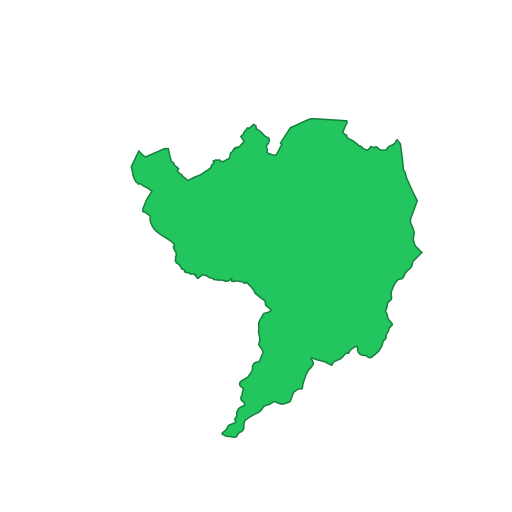 Phra Phutthabat, Saraburi, Thailand, rotated 120°
{"feature_id": "78962969B27342930325122", "entity_name": "Phra Phutthabat", "entity_type": "district", "adm_level": 2, "iso_a3": "THA", "parent_name": "Thailand", "parent_adm1": "Saraburi", "projection": "orthographic", "projection_center": [100.827, 14.702], "detail": "fine", "context": "isolated", "style": "filled", "palette": "green", "viewbox_px": 512, "rotation_deg": 120, "n_neighbors": 0, "source": "geoboundaries", "source_scale": "gbopen_adm2", "svg_char_len": 6157}
<svg xmlns="http://www.w3.org/2000/svg" viewBox="0 0 512 512"><g transform="rotate(120 256 256)"><path d="M223.7,410.0L241.3,408.6L241.8,407.7L247.0,403.4L249.5,400.8L251.8,397.1L252.1,394.7L252.5,393.8L251.4,392.4L251.2,391.2L251.6,389.1L251.3,382.3L251.7,380.6L251.7,379.2L252.1,378.5L259.9,378.9L262.7,378.8L270.7,377.7L273.7,376.8L274.1,375.4L273.3,374.2L273.8,373.3L273.7,371.5L274.0,370.2L274.1,367.8L277.9,365.7L279.5,364.1L281.7,361.2L283.6,357.5L284.1,356.0L284.7,353.0L285.2,347.9L285.6,337.7L286.6,332.6L287.4,332.6L288.0,331.6L288.5,331.6L289.1,332.1L289.5,332.1L289.8,331.3L290.4,331.2L290.9,330.6L291.2,329.7L291.7,329.5L292.3,328.3L292.6,327.0L293.7,326.6L293.9,326.3L294.5,326.1L295.3,325.3L296.1,325.1L297.1,325.3L297.7,324.5L298.5,324.3L299.3,324.0L299.6,323.7L300.5,323.6L300.5,323.1L301.2,322.1L301.8,321.6L301.7,321.2L301.8,320.8L301.7,320.3L302.2,317.6L302.0,317.2L302.9,316.3L304.4,313.6L304.4,313.2L303.9,312.1L304.0,311.1L304.2,310.6L305.1,310.2L305.4,309.7L305.2,308.0L304.3,306.8L304.5,304.9L304.0,304.0L304.1,303.0L302.6,301.3L302.8,300.9L302.7,300.3L303.1,299.8L302.7,299.4L303.1,298.8L303.0,297.7L303.3,297.4L304.0,297.3L304.2,297.2L304.3,296.8L304.1,296.0L304.5,295.1L303.6,294.6L301.9,294.4L301.1,293.5L299.1,293.4L298.8,293.2L298.7,291.6L297.5,288.6L297.9,288.2L298.0,286.2L297.9,284.9L297.1,283.1L297.4,280.3L296.6,279.0L295.7,276.4L294.7,275.0L294.3,273.7L293.4,272.6L293.5,270.8L292.4,268.6L290.9,267.1L288.0,265.8L289.1,265.4L289.8,264.6L290.0,264.1L288.3,261.3L287.1,260.1L286.5,259.1L286.3,257.2L285.6,256.2L285.2,255.2L285.4,253.0L285.1,251.6L283.2,250.9L284.5,247.6L285.0,245.1L286.2,242.5L286.8,240.4L288.6,238.6L289.9,231.3L290.3,226.3L291.0,225.2L293.1,223.6L293.9,222.5L295.0,216.2L295.2,215.9L295.9,215.9L297.3,216.4L298.6,217.2L301.0,219.7L301.7,220.3L302.5,220.5L309.2,220.6L312.4,220.3L316.8,217.6L320.6,215.8L324.8,212.0L328.0,210.3L331.1,209.5L331.7,209.0L334.0,204.1L334.9,202.8L335.7,201.9L337.5,201.4L341.8,201.0L344.2,200.5L345.3,200.5L346.2,201.0L347.8,202.4L348.6,203.5L350.1,204.1L353.5,203.8L355.9,202.5L356.9,202.2L358.4,202.0L361.1,202.1L365.4,202.7L370.0,205.4L372.3,206.5L373.3,206.8L374.1,206.6L376.2,205.3L376.9,202.5L376.9,200.6L380.2,199.9L383.2,198.6L386.2,198.4L387.8,197.1L388.3,196.3L388.9,193.1L389.2,192.5L389.7,191.9L390.9,191.5L391.5,191.6L394.7,193.9L396.1,194.5L397.1,194.7L399.3,194.7L401.1,194.4L404.1,192.6L405.1,192.5L406.6,192.9L407.7,192.8L408.3,192.5L409.6,190.8L410.4,190.6L411.0,190.9L415.6,194.5L416.6,195.0L417.7,195.2L420.8,194.9L422.1,195.1L425.6,196.7L426.8,196.5L427.2,196.2L427.0,192.5L426.6,191.0L423.5,183.6L422.8,182.9L421.6,182.5L418.5,182.5L417.4,182.3L415.3,180.7L413.4,180.2L411.7,180.3L407.9,182.3L404.9,183.2L403.9,183.2L399.3,181.3L393.6,178.0L390.7,175.9L388.7,174.9L387.5,174.5L382.8,174.1L381.7,173.6L380.0,172.4L378.0,170.2L373.5,168.0L373.1,167.6L372.7,166.5L372.1,161.9L371.5,159.7L370.4,158.1L365.9,154.1L364.7,153.8L363.1,153.9L359.9,154.5L356.6,155.0L355.1,155.1L353.5,154.5L350.4,153.1L349.5,152.2L348.3,149.9L347.5,149.7L343.0,151.5L334.0,153.3L330.0,153.5L327.4,153.3L326.3,153.1L325.6,152.6L324.7,152.4L321.1,152.4L320.2,152.8L319.3,153.6L317.9,155.6L317.6,156.9L316.4,157.0L315.1,149.9L314.6,148.8L313.0,142.8L313.3,142.1L312.7,135.7L310.6,135.9L309.3,135.8L308.0,135.3L303.0,131.5L301.2,130.7L297.0,130.0L294.3,128.7L294.4,128.3L294.3,127.8L294.2,127.5L293.8,127.1L291.0,127.3L289.5,127.0L284.6,124.7L284.0,123.4L284.2,122.6L286.6,120.9L287.8,119.7L288.4,118.8L289.0,116.9L289.0,114.7L288.4,113.2L287.7,112.4L287.5,111.7L287.4,110.6L287.5,107.6L287.4,106.9L286.8,105.9L285.3,105.0L279.1,102.7L276.9,102.2L272.4,102.0L269.8,102.2L267.7,102.9L265.8,103.1L265.0,103.0L262.9,102.3L262.3,102.3L258.9,104.0L255.0,103.7L252.0,104.6L248.1,103.6L247.3,103.6L246.7,104.1L244.5,109.8L243.7,110.9L240.6,113.7L239.3,116.0L239.0,116.3L234.7,117.0L231.5,118.4L230.4,118.4L226.3,117.3L225.2,117.3L224.4,117.6L221.2,120.1L219.0,121.0L217.2,121.3L212.2,121.9L209.7,121.9L206.7,121.5L205.1,120.9L202.6,118.1L202.0,117.9L201.0,117.9L199.9,117.6L198.5,118.1L195.6,118.1L194.7,117.7L193.1,117.6L189.8,116.3L188.0,116.1L185.9,116.2L183.1,117.3L182.0,117.3L170.0,114.1L169.4,117.0L168.7,118.8L167.9,122.1L167.0,124.0L163.0,128.1L156.8,130.6L155.7,131.5L152.4,135.2L150.4,138.3L148.2,140.0L146.2,140.7L127.6,143.9L121.5,153.1L113.1,164.7L108.7,169.0L107.8,171.2L98.0,178.3L87.9,186.1L86.7,187.1L84.8,191.7L85.5,192.3L88.5,192.0L90.9,193.0L94.5,195.5L96.6,196.2L98.4,196.2L99.1,196.5L100.0,197.4L101.8,201.0L102.0,202.8L101.4,204.5L101.3,206.7L101.5,207.0L102.4,207.3L103.2,207.9L103.2,209.2L103.6,209.9L103.6,210.6L103.9,211.5L105.4,211.1L106.4,211.7L108.6,212.3L109.4,216.2L108.5,220.6L109.1,221.5L108.1,225.9L108.3,227.9L107.7,229.0L107.9,232.5L108.3,233.4L107.5,236.8L106.1,237.7L106.2,239.5L105.8,242.5L105.6,242.8L102.6,243.0L99.8,243.6L94.7,243.8L93.5,245.0L108.2,274.6L109.6,276.9L110.8,278.2L112.2,279.3L125.4,288.6L127.5,290.4L144.7,291.2L146.3,291.0L146.3,289.2L149.5,289.4L151.3,289.2L158.5,289.0L160.1,291.8L161.1,298.2L158.3,299.2L157.6,299.9L156.9,301.3L156.5,301.6L154.5,301.9L151.6,301.6L149.0,302.3L147.7,303.3L147.5,304.6L147.7,308.1L147.0,310.8L146.2,312.9L145.6,317.4L145.8,319.4L143.8,320.7L143.5,321.0L143.1,323.8L148.5,325.6L149.1,326.1L149.1,327.1L149.4,327.5L150.2,327.6L152.5,327.7L153.1,328.0L155.3,328.3L155.8,327.8L156.2,327.8L160.1,328.9L162.5,323.6L168.0,324.7L169.1,324.7L169.9,325.5L170.9,325.7L171.1,326.6L171.7,327.4L173.1,327.5L173.0,328.4L174.0,328.4L175.4,328.9L176.0,328.4L176.8,328.5L178.0,328.8L178.6,329.3L179.8,329.4L180.9,329.2L183.6,328.0L185.4,328.3L186.3,328.7L187.1,329.6L189.9,331.0L190.2,331.4L190.7,331.4L191.1,333.0L191.6,333.5L191.3,335.2L191.0,335.6L192.9,338.0L192.6,338.8L194.3,339.4L194.8,340.3L195.2,340.5L195.6,339.6L196.5,339.1L199.6,339.9L200.1,339.8L200.3,339.3L203.1,339.6L213.5,344.7L218.4,348.7L224.5,352.5L224.6,353.9L223.8,356.6L223.9,358.8L222.9,360.7L222.3,365.1L221.6,366.7L220.3,366.6L219.7,367.0L219.0,366.8L218.0,372.4L216.6,373.8L216.5,374.2L216.3,376.8L213.4,379.7L206.9,385.6L208.6,388.8L225.6,401.3L225.3,404.2L223.7,410.0Z" fill="#22c55e" stroke="#15803d" stroke-width="1.5"/></g></svg>